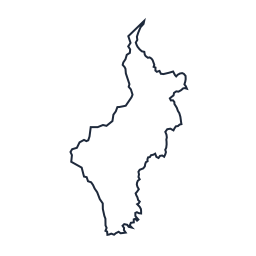 Nova Aurora, Goiás, Brazil, rotated 5°
{"feature_id": "56859067B32828683439225", "entity_name": "Nova Aurora", "entity_type": "district", "adm_level": 2, "iso_a3": "BRA", "parent_name": "Brazil", "parent_adm1": "Goiás", "projection": "robinson", "projection_center": [-48.279, -18.083], "detail": "fine", "context": "isolated", "style": "outline", "palette": "slate", "viewbox_px": 256, "rotation_deg": 5, "n_neighbors": 0, "source": "geoboundaries", "source_scale": "gbopen_adm2", "svg_char_len": 2477}
<svg xmlns="http://www.w3.org/2000/svg" viewBox="0 0 256 256"><g transform="rotate(5 128 128)"><path d="M116.8,236.2L118.6,235.7L120.5,234.7L123.4,235.5L125.1,233.8L127.7,232.2L129.8,233.5L131.8,233.1L134.8,232.4L132.8,230.0L132.8,227.9L131.1,225.9L132.6,224.1L135.7,224.5L137.3,226.4L140.6,226.9L138.3,224.9L139.1,222.2L142.0,221.5L141.7,218.5L143.2,217.8L145.1,219.5L146.3,218.3L144.7,216.8L143.0,215.0L142.7,212.0L144.2,211.1L146.1,211.9L148.5,212.0L148.3,209.6L147.9,207.6L146.5,205.5L143.8,203.1L145.3,202.0L146.1,200.3L144.4,198.9L143.4,196.2L142.2,194.4L141.3,192.4L142.5,190.8L144.1,188.0L142.5,185.7L141.7,183.5L141.8,181.6L142.4,179.7L144.1,178.1L142.7,175.9L143.0,173.2L142.2,170.7L143.3,168.6L146.7,166.9L148.1,164.8L148.3,162.4L148.8,160.5L150.4,159.4L150.1,157.4L150.6,155.5L152.3,155.1L153.3,153.1L155.6,152.4L157.3,151.2L158.8,154.3L161.0,155.2L162.3,153.0L164.5,152.4L166.5,153.5L167.4,151.1L167.9,148.7L167.0,146.5L167.8,144.3L167.9,141.1L167.6,138.3L167.2,136.3L167.5,134.0L166.9,131.3L165.5,128.6L167.2,125.8L170.3,125.0L173.5,126.4L174.2,124.6L175.5,122.2L177.6,121.7L179.1,120.1L180.9,119.5L180.3,117.2L179.9,115.3L179.2,112.3L177.8,108.7L176.2,106.6L174.9,103.7L173.6,101.9L172.2,100.1L171.9,98.1L170.4,96.5L168.3,96.8L167.1,94.8L168.9,93.0L170.5,91.6L170.8,89.0L172.9,87.3L175.1,87.4L177.6,85.7L179.5,83.7L181.2,83.3L183.2,83.7L182.0,81.4L180.4,79.6L181.0,76.7L181.2,74.3L180.8,71.1L178.9,69.2L177.2,68.6L175.0,69.2L172.8,70.7L171.5,72.4L170.2,71.2L168.0,67.8L164.0,69.4L158.6,71.2L156.0,71.1L154.4,68.4L151.8,69.5L150.3,68.4L150.1,65.4L148.2,64.8L148.7,62.8L146.7,58.4L145.3,56.8L143.4,55.8L141.7,56.3L139.3,54.8L138.3,53.4L137.6,50.7L135.1,50.4L132.7,48.6L130.4,46.2L129.3,44.4L128.3,42.2L129.6,39.4L128.9,36.3L129.9,32.1L131.7,26.5L134.4,23.0L134.8,19.8L120.3,36.5L123.1,43.0L121.1,46.7L123.3,49.5L123.3,53.0L120.4,55.2L119.5,59.7L117.6,63.1L117.2,65.6L119.3,67.6L120.3,69.2L121.1,73.8L125.6,84.2L125.1,86.9L127.5,89.3L129.6,94.4L128.8,97.1L123.8,106.0L121.2,106.8L117.7,107.8L115.6,108.1L114.4,112.5L112.3,116.0L111.9,122.4L106.4,127.7L102.8,127.2L97.7,129.8L90.8,130.4L90.4,139.8L89.5,143.7L87.7,144.7L85.2,143.7L81.0,146.5L78.8,152.2L74.2,154.0L72.8,156.9L74.5,159.9L74.4,166.6L85.3,171.5L88.4,180.2L91.1,180.6L92.8,184.5L96.0,185.3L98.1,187.8L100.1,191.3L102.9,194.7L106.1,201.3L109.4,205.3L110.0,210.9L112.1,217.6L113.4,220.3L114.1,227.0L115.4,229.4L114.5,232.4L116.2,233.0L116.8,236.2Z" fill="none" stroke="#1e293b" stroke-width="2"/></g></svg>